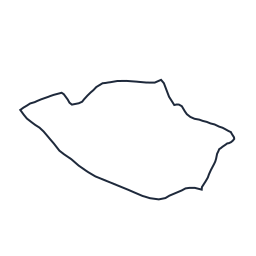 Akoko North West, Ondo, Nigeria (Mercator projection), rotated 38°
{"feature_id": "59680162B56866992006033", "entity_name": "Akoko North West", "entity_type": "district", "adm_level": 2, "iso_a3": "NGA", "parent_name": "Nigeria", "parent_adm1": "Ondo", "projection": "mercator", "projection_center": [5.79, 7.65], "detail": "fine", "context": "isolated", "style": "outline", "palette": "slate", "viewbox_px": 256, "rotation_deg": 38, "n_neighbors": 0, "source": "geoboundaries", "source_scale": "gbopen_adm2", "svg_char_len": 1479}
<svg xmlns="http://www.w3.org/2000/svg" viewBox="0 0 256 256"><g transform="rotate(38 128 128)"><path d="M124.4,69.7L121.1,75.8L118.4,77.9L114.3,81.0L108.1,85.0L106.2,86.2L97.7,91.9L90.6,97.6L85.8,102.9L84.4,104.3L82.7,106.2L80.4,108.4L77.8,115.2L77.4,119.5L76.7,122.9L76.1,127.3L75.7,132.5L75.7,135.5L74.0,138.8L69.4,144.1L66.3,144.1L63.0,142.7L56.6,140.9L54.0,141.1L52.8,142.7L49.0,147.7L46.8,151.1L46.2,152.2L44.2,155.3L44.0,155.6L41.9,158.9L39.7,162.8L38.6,165.0L35.8,168.9L34.5,172.7L34.2,173.4L34.0,174.0L33.1,176.2L32.0,180.1L37.6,181.7L42.5,182.8L48.6,182.8L53.0,182.7L58.0,182.2L63.6,182.7L71.3,184.3L72.6,184.6L79.1,185.9L87.9,188.1L93.5,188.1L96.6,187.9L102.3,187.5L102.9,187.5L106.8,187.7L112.3,188.0L121.3,187.5L123.9,187.3L131.6,186.3L132.2,186.2L166.4,176.5L173.0,174.8L181.3,172.6L183.5,171.7L188.5,169.8L196.2,165.3L200.6,160.2L202.3,155.8L208.8,144.1L210.5,140.2L213.2,137.4L217.6,134.0L222.6,131.8L224.0,131.2L222.6,129.0L222.0,122.3L221.4,117.9L220.3,114.6L219.2,110.1L218.0,103.4L217.4,100.7L216.3,97.9L214.1,93.5L213.5,90.7L212.9,88.5L213.5,86.8L214.0,84.6L215.1,81.2L215.7,79.0L216.8,77.9L217.9,75.7L218.4,73.4L218.4,71.2L217.3,70.1L212.8,68.5L211.7,67.9L209.0,68.5L205.1,69.1L202.3,69.6L199.0,70.8L194.0,71.9L192.0,72.8L190.2,73.6L186.3,74.7L182.5,76.4L179.1,77.5L174.7,79.8L170.3,80.9L165.9,80.9L162.6,79.9L159.8,78.8L157.0,77.7L153.7,78.2L152.0,79.4L150.3,81.4L141.1,78.1L128.7,70.6L124.4,69.7Z" fill="none" stroke="#1e293b" stroke-width="2"/></g></svg>